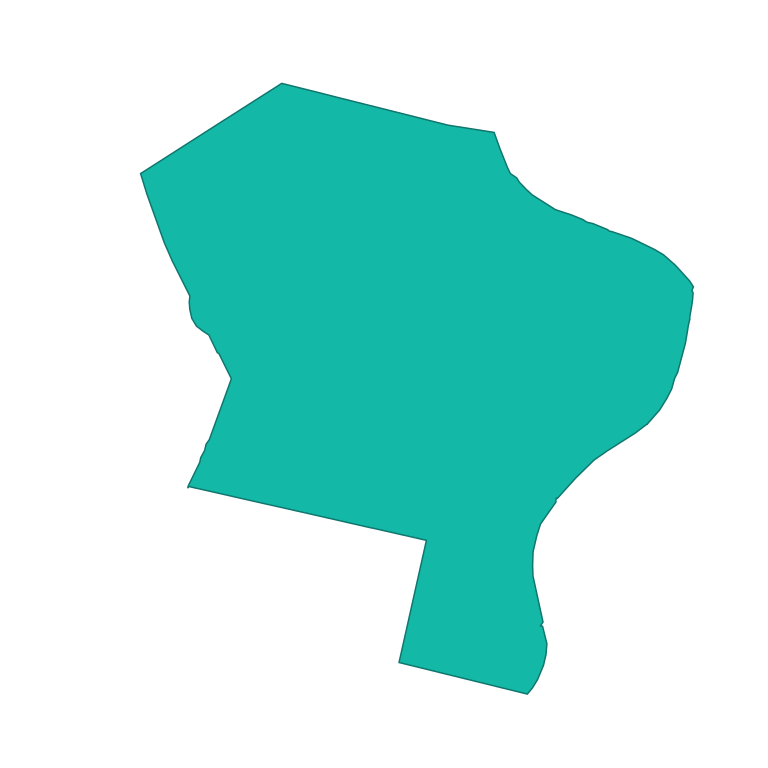 the district of Jarra West, Lower River, Gambia, rotated 103°
{"feature_id": "56634734B83949040016571", "entity_name": "Jarra West", "entity_type": "district", "adm_level": 2, "iso_a3": "GMB", "parent_name": "Gambia", "parent_adm1": "Lower River", "projection": "mercator", "projection_center": [-15.534, 13.437], "detail": "fine", "context": "isolated", "style": "filled", "palette": "teal", "viewbox_px": 768, "rotation_deg": 103, "n_neighbors": 0, "source": "geoboundaries", "source_scale": "gbopen_adm2", "svg_char_len": 1610}
<svg xmlns="http://www.w3.org/2000/svg" viewBox="0 0 768 768"><g transform="rotate(103 384 384)"><path d="M653.9,174.6L647.0,171.1L637.5,167.9L631.6,166.9L622.1,165.3L610.9,165.3L600.3,166.9L584.4,175.0L584.4,177.1L580.2,175.5L537.7,195.6L527.7,198.3L513.9,201.0L497.4,201.0L485.2,200.0L460.3,189.9L458.7,190.4L456.5,190.4L456.5,189.4L432.6,176.1L410.8,162.2L399.1,151.6L375.2,128.1L364.1,118.9L364.1,118.5L363.0,118.0L347.1,109.5L334.8,105.3L324.2,102.6L313.1,102.1L306.7,100.5L276.4,99.5L265.8,100.1L258.9,100.6L252.0,100.6L249.4,101.2L239.3,101.7L232.4,102.3L225.5,103.4L223.9,105.0L219.7,104.4L215.4,108.8L214.9,109.3L211.2,114.6L202.7,126.9L195.3,140.6L192.2,150.2L186.4,175.3L184.3,195.6L184.3,198.8L183.3,200.9L180.7,216.4L180.7,222.8L179.1,227.1L178.0,233.8L177.0,239.9L176.5,246.3L175.5,256.5L175.2,257.2L166.5,281.9L162.3,289.4L160.9,291.4L157.0,297.4L153.3,301.1L150.6,308.1L149.3,309.2L145.3,312.4L128.4,324.1L114.1,333.3L114.2,334.6L114.2,334.8L117.4,379.7L115.7,467.2L115.5,478.3L115.2,494.4L114.9,506.7L114.1,550.4L114.1,551.3L163.4,599.7L233.7,668.5L235.1,667.7L252.2,657.8L295.7,629.9L303.6,624.0L311.6,618.1L338.6,595.7L342.0,592.9L343.1,592.8L348.6,592.1L349.2,591.8L355.0,590.0L363.3,586.0L368.3,581.2L369.8,579.7L373.0,572.8L373.1,572.7L375.3,566.6L375.5,565.8L391.0,553.4L391.5,551.7L413.2,533.9L421.7,534.9L477.4,541.7L482.7,543.8L489.1,543.8L497.0,546.0L501.8,545.9L527.3,551.8L529.7,551.8L527.8,551.2L527.5,472.6L527.3,435.3L527.1,364.0L527.0,363.3L526.8,308.9L526.8,307.5L575.7,307.2L605.0,307.0L652.0,306.7L653.9,174.6Z" fill="#14b8a6" stroke="#0f766e" stroke-width="1.5"/></g></svg>